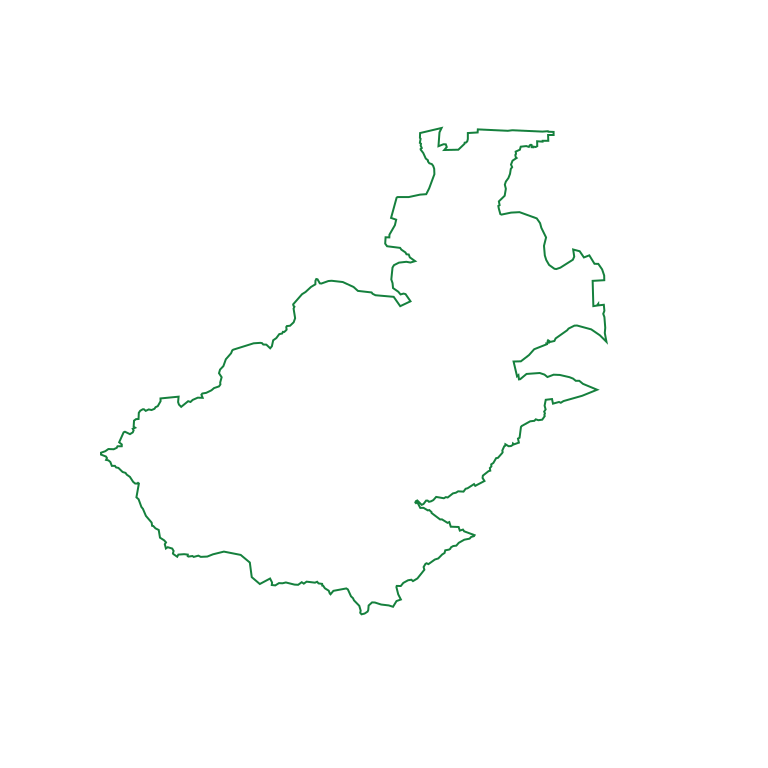 Cuautinchán, Puebla, Mexico (Mercator projection), rotated 328°
{"feature_id": "50627088B83471115235412", "entity_name": "Cuautinchán", "entity_type": "district", "adm_level": 2, "iso_a3": "MEX", "parent_name": "Mexico", "parent_adm1": "Puebla", "projection": "mercator", "projection_center": [-98.043, 18.963], "detail": "fine", "context": "isolated", "style": "outline", "palette": "green", "viewbox_px": 768, "rotation_deg": 328, "n_neighbors": 0, "source": "geoboundaries", "source_scale": "gbopen_adm2", "svg_char_len": 6166}
<svg xmlns="http://www.w3.org/2000/svg" viewBox="0 0 768 768"><g transform="rotate(328 384 384)"><path d="M661.4,260.1L657.0,257.1L657.0,256.5L652.1,253.9L627.3,236.8L623.2,234.9L598.5,217.8L596.7,220.3L588.1,215.6L584.9,220.7L583.2,222.3L581.6,222.7L580.3,222.1L579.5,223.0L571.2,224.7L559.1,217.5L562.8,216.3L563.4,213.5L561.5,212.2L556.2,211.2L564.4,200.0L568.5,197.4L547.6,190.3L544.9,194.3L545.0,195.4L542.2,198.5L542.7,199.8L541.4,201.3L541.1,203.9L539.6,204.1L539.3,204.7L539.7,208.9L538.9,214.9L539.8,217.6L539.2,218.6L539.4,220.8L541.1,222.9L541.3,225.1L540.6,228.1L537.9,232.8L526.0,242.0L520.4,245.4L514.9,242.5L504.1,238.6L494.4,232.6L493.4,232.7L478.0,246.9L481.4,251.1L477.4,255.1L467.8,260.2L466.2,262.5L463.1,260.4L459.4,265.6L459.6,268.8L469.8,277.1L469.9,279.2L471.9,283.8L471.8,285.9L473.6,287.3L473.0,290.3L475.5,296.3L470.8,295.0L467.7,292.2L461.0,289.0L455.4,288.5L452.9,289.8L445.6,299.2L444.7,303.0L442.5,307.4L445.0,313.3L445.5,316.8L448.5,317.7L449.9,319.2L450.3,327.9L439.0,326.6L438.4,315.2L423.8,304.2L422.1,301.4L422.0,299.8L411.2,291.2L409.6,285.6L403.1,275.7L394.3,268.7L391.4,267.2L384.1,265.6L382.9,264.6L383.1,260.0L382.2,259.1L380.6,260.1L378.6,263.1L373.6,263.0L366.2,264.4L362.1,264.4L349.2,268.3L348.7,269.6L349.0,271.0L347.3,272.1L343.5,281.1L340.1,283.8L335.2,284.8L332.3,283.4L331.3,283.9L330.2,286.3L328.8,286.7L326.9,287.0L325.9,286.2L324.4,287.2L321.6,286.2L317.0,288.0L313.2,288.2L308.9,292.6L306.4,293.4L305.1,288.3L302.5,286.5L302.2,284.7L301.0,283.6L295.0,280.4L274.3,275.0L273.1,275.1L270.6,276.9L263.0,279.2L257.3,283.7L252.6,284.9L249.8,287.4L249.9,292.2L245.9,295.9L245.0,297.7L242.8,298.6L237.7,297.4L234.3,297.9L228.6,297.3L224.9,295.8L223.5,296.3L222.9,299.6L218.8,296.9L213.3,296.1L210.4,296.7L208.8,294.8L199.9,295.9L199.2,292.8L199.8,290.2L203.1,285.9L186.8,277.8L185.4,280.2L180.4,282.9L178.0,282.6L176.2,283.4L173.1,282.9L171.0,280.9L167.7,280.5L167.0,278.2L166.0,277.6L163.1,277.5L160.8,278.5L157.3,283.6L155.1,282.4L152.6,282.6L149.1,287.5L149.8,289.2L147.2,288.8L147.1,290.6L145.3,291.9L142.0,291.9L139.0,287.2L137.6,287.0L128.5,293.1L129.6,296.3L128.6,297.8L125.0,295.6L123.5,296.5L120.2,296.1L115.8,293.1L112.0,293.3L107.6,292.3L106.6,293.9L109.8,298.2L109.8,300.0L108.1,301.1L109.8,302.7L110.6,305.1L109.8,309.2L112.4,310.8L112.6,312.8L114.3,314.4L115.7,320.1L117.7,322.4L117.8,324.5L119.3,328.1L119.4,334.0L120.2,336.5L122.0,337.7L123.0,337.5L123.4,338.5L114.0,348.9L114.8,351.7L113.1,359.7L113.4,362.1L112.2,369.7L113.5,378.4L112.2,381.4L113.1,382.2L113.7,385.3L115.6,388.4L112.6,395.6L114.7,400.0L115.2,402.8L113.2,403.7L111.9,407.9L114.1,407.8L117.2,411.3L117.1,414.1L115.3,415.7L115.2,416.5L117.1,420.9L119.2,419.7L124.3,422.4L127.2,424.7L126.3,425.9L126.7,426.7L130.4,428.4L131.0,429.8L135.6,431.2L137.0,433.5L142.7,436.7L148.7,437.8L159.4,441.3L171.9,453.0L175.6,464.3L169.5,477.7L172.7,487.8L184.3,488.6L183.9,493.0L182.3,495.0L185.1,497.2L189.4,497.2L192.3,499.2L195.6,500.3L201.8,506.7L204.8,508.8L209.2,508.5L210.2,510.8L213.6,510.6L220.2,515.9L222.5,516.3L222.8,518.4L225.6,520.7L224.8,522.2L225.5,522.8L225.6,525.9L227.6,530.0L227.0,533.0L227.6,533.2L227.5,533.9L231.5,532.6L243.7,537.4L244.5,539.1L243.5,546.6L244.2,549.2L243.9,551.6L245.5,559.0L244.1,563.9L242.6,565.4L242.9,567.4L245.9,568.4L249.5,568.3L250.9,567.3L253.6,563.7L258.2,562.9L260.5,564.5L264.7,569.5L270.7,574.3L273.6,577.7L279.6,574.7L284.1,575.7L284.6,569.9L286.9,562.8L287.8,562.0L291.2,564.2L295.0,562.9L300.4,563.2L303.5,564.5L304.1,566.5L309.3,566.6L319.8,562.9L320.6,560.2L323.9,558.5L325.1,558.6L326.2,560.3L334.1,559.8L337.6,560.7L343.0,559.4L345.8,559.4L347.8,557.5L351.4,558.9L352.8,558.9L354.3,558.0L356.8,558.1L359.7,559.4L363.2,558.3L369.6,558.6L374.6,560.5L376.9,559.9L379.7,560.7L380.7,560.2L373.9,551.4L373.8,549.3L370.6,548.5L371.5,544.8L365.0,540.4L366.2,535.7L364.3,535.4L361.4,529.5L359.8,528.6L356.0,518.7L356.4,517.8L355.6,514.9L354.2,514.4L351.9,510.0L349.1,508.3L349.6,502.0L348.0,502.0L347.8,501.1L348.9,500.3L350.5,500.4L351.9,506.4L353.9,506.7L357.9,505.2L359.2,506.0L359.7,507.7L361.7,508.4L364.3,508.6L368.4,507.4L374.2,512.6L376.5,512.7L377.9,514.0L384.5,513.3L387.4,514.3L390.0,514.3L394.4,517.4L397.7,516.1L399.6,516.7L407.3,516.6L407.4,518.7L417.8,519.5L417.8,515.9L419.3,514.1L426.5,513.3L428.2,513.8L429.2,511.4L431.4,510.8L432.3,509.0L434.9,508.9L439.8,506.3L441.5,507.0L447.6,505.2L448.5,504.7L449.1,503.1L453.0,500.5L454.0,500.6L455.0,499.4L456.7,502.8L458.8,503.9L461.0,503.9L461.9,502.8L462.4,504.1L467.3,505.2L468.7,501.3L470.5,501.4L477.4,493.0L478.6,492.6L488.2,493.1L492.0,494.9L494.0,494.4L495.7,496.5L499.3,498.1L503.3,496.4L503.6,495.2L504.9,494.2L505.2,492.3L507.6,491.2L508.7,487.5L512.8,483.1L518.5,485.8L516.9,490.2L522.9,492.0L524.0,493.6L527.2,493.6L545.8,499.0L561.7,501.8L552.8,489.3L551.3,484.8L548.3,482.9L547.2,479.6L544.9,476.5L537.9,469.5L532.8,466.0L526.3,464.7L525.1,461.1L521.9,457.2L510.2,451.0L502.1,452.1L500.9,451.6L502.7,447.7L500.9,448.0L505.8,433.6L512.1,437.3L522.3,436.3L529.8,434.1L542.8,436.5L543.1,435.8L543.7,436.4L545.2,434.8L545.1,435.9L545.9,436.3L546.8,434.9L547.5,436.5L551.3,437.8L553.7,436.3L567.8,435.5L569.9,434.8L576.4,435.4L578.7,436.7L588.7,447.5L592.9,457.1L595.0,466.1L598.3,457.7L601.4,453.6L606.4,444.0L607.1,440.7L609.7,438.7L612.4,433.3L607.4,430.9L608.2,429.5L606.1,430.3L602.8,428.9L615.6,407.1L625.8,412.7L628.2,408.7L629.7,402.4L629.4,395.7L626.2,393.6L626.3,383.7L620.6,382.6L620.3,375.1L615.7,370.2L612.8,376.8L610.0,378.7L595.2,378.8L591.0,377.8L589.6,376.6L587.1,370.5L587.3,364.9L588.5,360.2L592.9,351.6L599.1,345.6L600.2,334.9L601.6,330.3L601.3,324.5L590.0,310.1L582.6,306.0L573.4,302.6L572.7,301.5L574.4,295.9L575.3,293.6L576.8,293.6L578.2,290.0L586.1,288.3L590.8,283.0L592.1,279.0L594.6,276.9L598.6,275.3L602.2,272.6L605.5,268.8L607.6,268.0L608.0,265.2L611.4,262.7L616.2,262.6L615.9,261.6L616.7,259.4L617.9,258.8L618.8,256.7L623.4,257.3L625.7,255.2L630.7,257.6L632.5,259.7L634.1,258.8L635.4,259.0L635.8,259.6L634.7,261.4L635.4,261.9L635.4,260.9L638.2,263.4L640.0,263.5L642.5,259.3L646.9,262.5L647.4,261.8L652.2,264.8L655.1,259.8L659.8,262.7L661.4,260.1Z" fill="none" stroke="#15803d" stroke-width="2"/></g></svg>